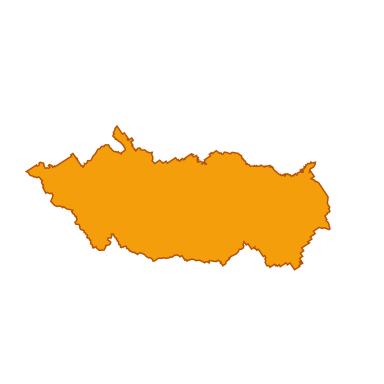 outline of Uralla, New South Wales, Australia, rotated 317°
{"feature_id": "25037944B63393422883772", "entity_name": "Uralla", "entity_type": "district", "adm_level": 2, "iso_a3": "AUS", "parent_name": "Australia", "parent_adm1": "New South Wales", "projection": "robinson", "projection_center": [151.405, -30.485], "detail": "fine", "context": "isolated", "style": "filled", "palette": "amber", "viewbox_px": 384, "rotation_deg": 317, "n_neighbors": 0, "source": "geoboundaries", "source_scale": "gbopen_adm2", "svg_char_len": 5993}
<svg xmlns="http://www.w3.org/2000/svg" viewBox="0 0 384 384"><g transform="rotate(317 192 192)"><path d="M178.2,94.1L175.0,94.9L174.5,96.5L173.7,96.3L172.3,97.2L172.5,100.7L171.9,101.2L172.8,102.0L172.6,102.9L173.6,107.1L173.5,111.5L172.5,115.0L171.6,115.8L167.2,115.2L166.3,116.0L166.0,114.3L165.3,113.7L165.6,112.3L164.2,111.9L164.1,110.7L162.7,109.5L162.2,107.6L162.5,105.0L162.2,103.2L162.9,102.0L163.0,100.5L160.8,98.5L159.4,98.3L158.8,98.8L157.3,97.2L155.9,97.0L154.3,97.6L152.2,96.6L147.6,98.1L144.3,98.3L139.9,99.9L138.8,99.7L137.2,98.0L136.5,98.0L135.9,98.9L134.1,99.1L133.3,98.7L132.8,97.7L132.0,98.7L129.3,99.6L129.6,97.5L128.9,97.4L130.1,89.6L130.7,89.7L130.9,88.6L130.3,88.5L131.2,82.6L128.7,82.2L128.4,83.6L109.1,80.1L109.3,79.3L106.9,78.9L107.6,77.5L106.4,74.6L104.8,74.9L105.1,76.0L104.8,77.0L103.3,76.9L102.5,75.5L100.9,74.6L101.6,71.8L102.6,70.8L103.0,69.5L101.2,66.7L100.0,66.6L98.9,67.8L97.4,67.9L96.3,67.1L96.6,66.2L84.7,64.1L85.6,65.8L85.0,68.6L85.2,70.0L86.4,71.8L86.6,73.3L88.0,74.3L88.4,76.0L90.2,76.3L90.4,78.6L90.0,79.8L90.5,81.5L88.7,82.1L87.9,84.1L88.3,85.1L87.4,85.5L86.8,87.3L86.0,87.1L84.3,93.2L86.1,93.8L86.7,96.1L88.3,96.9L88.7,97.5L88.2,98.5L88.5,99.1L87.1,100.4L82.3,102.5L82.3,107.9L83.5,110.7L85.1,111.4L86.5,113.4L86.7,115.2L88.0,115.1L88.8,118.8L92.3,124.0L90.6,124.3L90.6,125.5L90.1,125.9L90.6,128.3L90.0,129.8L90.8,131.1L89.8,131.6L89.5,133.3L87.0,134.6L86.0,134.2L85.2,135.5L85.2,136.5L86.9,138.2L87.1,139.2L86.5,140.7L85.8,141.0L85.0,143.3L86.7,146.6L85.5,148.1L86.1,148.9L85.6,150.9L86.1,151.7L85.5,152.8L84.2,153.4L84.3,154.6L85.2,155.6L84.3,157.2L85.0,158.1L82.6,160.7L83.0,162.8L82.2,163.5L82.5,164.2L81.4,165.1L81.9,165.8L84.6,166.5L84.0,167.8L84.3,171.3L88.2,174.5L92.1,173.1L92.4,172.4L95.6,174.2L98.1,173.6L98.6,172.3L97.9,171.0L97.8,169.6L98.9,168.5L100.0,168.9L101.3,170.4L103.4,169.4L104.4,167.8L105.6,169.0L105.8,169.5L105.3,169.9L104.7,172.6L105.2,174.7L104.4,175.1L104.5,176.3L104.0,177.0L104.3,178.1L102.7,180.5L103.4,181.9L102.0,183.7L102.3,184.4L103.5,184.6L103.9,185.4L105.5,185.5L106.9,187.2L105.7,188.6L106.7,190.6L106.3,191.2L106.6,192.2L106.3,193.3L107.0,193.8L107.3,195.6L108.8,196.8L108.7,198.1L109.5,199.2L109.4,200.5L112.3,200.7L113.6,202.9L114.7,205.6L114.5,207.7L115.3,210.6L116.3,211.0L117.1,213.5L116.4,216.0L117.5,216.8L122.3,217.6L124.8,220.0L126.1,220.4L127.9,222.9L130.8,224.7L131.9,224.7L133.0,226.1L136.0,226.4L137.9,227.7L138.7,228.8L139.0,231.3L141.2,231.7L140.3,237.1L141.6,237.3L141.3,239.2L143.8,239.6L143.9,240.1L146.0,240.9L147.6,243.0L147.9,244.7L151.2,247.3L153.0,252.5L154.4,252.4L155.8,253.6L156.1,255.6L156.6,255.6L157.4,254.1L158.3,254.2L161.3,258.4L162.8,259.7L164.0,259.4L164.6,259.9L165.4,263.0L164.4,263.1L164.6,265.8L164.2,267.0L167.9,267.5L169.3,266.1L173.6,266.6L174.1,265.4L175.1,266.1L176.0,265.6L182.0,267.4L184.6,267.4L187.7,266.2L189.0,267.5L191.6,267.9L193.2,266.6L193.2,265.9L193.9,265.1L196.2,263.9L195.6,267.8L197.6,268.2L196.6,274.4L200.2,275.0L199.4,275.5L199.3,276.7L199.9,276.9L199.6,278.8L201.5,279.1L200.1,287.8L201.7,288.1L201.3,290.3L200.0,290.4L198.7,292.8L197.5,293.3L196.5,297.1L198.0,298.2L197.6,300.2L203.1,301.2L202.8,302.9L203.9,303.1L203.7,304.4L206.2,304.8L205.6,306.8L212.4,308.0L212.0,310.3L215.3,310.8L214.0,318.8L220.1,319.9L220.3,318.7L224.5,319.5L224.7,318.3L222.6,318.0L222.9,316.4L225.0,316.8L225.4,314.0L229.0,314.6L229.6,310.6L233.6,311.2L234.1,307.7L243.2,309.3L242.7,307.4L247.5,308.2L247.9,305.5L253.6,306.5L254.1,303.5L261.1,304.7L262.2,307.2L264.6,308.7L266.5,312.9L267.8,313.1L270.8,307.4L270.6,304.8L270.9,304.1L271.9,304.1L272.9,300.1L275.6,300.4L276.7,299.5L278.3,300.4L279.9,300.0L280.6,297.3L281.4,297.5L282.5,296.8L282.6,294.5L283.5,292.4L288.1,288.5L290.9,271.6L290.2,269.2L289.2,268.5L289.7,267.8L289.5,266.4L288.1,263.4L292.0,264.0L293.0,257.2L291.7,257.4L292.9,256.2L294.6,255.8L297.7,256.6L301.0,255.8L302.6,254.4L299.4,252.6L299.4,251.2L297.8,251.7L296.1,250.1L294.4,250.5L293.6,249.8L291.8,251.3L291.2,250.0L290.0,251.5L288.5,250.8L287.8,252.0L287.1,251.0L287.5,250.2L287.0,250.1L286.3,251.6L287.1,253.0L286.6,253.3L285.6,252.2L285.8,250.3L284.9,251.2L282.0,250.0L280.3,251.2L280.1,249.2L279.5,249.4L279.0,248.9L277.6,249.6L277.5,248.7L275.3,248.3L275.7,246.7L274.5,245.4L274.6,244.4L274.0,243.6L272.8,243.5L272.8,242.5L272.2,242.3L271.3,243.7L270.7,243.7L270.9,241.8L270.5,241.3L269.3,241.6L268.4,240.4L268.7,239.4L267.8,238.8L267.0,231.2L267.8,229.9L267.4,229.5L267.9,228.2L267.6,227.3L266.2,227.6L266.0,227.2L267.1,225.7L263.6,223.8L263.3,222.9L262.0,223.1L260.7,219.3L259.1,219.3L257.0,217.5L257.3,216.8L255.7,216.3L255.6,215.1L254.5,215.1L252.1,212.5L252.5,211.3L251.8,210.2L251.8,209.2L250.8,209.1L250.5,208.5L251.4,207.8L251.3,206.9L251.8,206.2L251.9,204.8L251.4,204.3L252.1,202.7L251.4,202.0L252.1,200.9L252.0,200.2L253.0,199.3L252.1,196.8L252.3,195.6L248.9,190.9L247.7,190.1L246.2,190.4L244.0,186.2L242.7,184.9L240.7,185.6L239.7,184.8L239.9,183.1L238.6,182.6L237.9,178.3L233.2,177.8L233.3,176.6L230.4,176.2L230.1,178.2L223.1,177.0L223.0,177.7L221.7,178.3L221.3,180.2L221.7,181.3L221.3,181.4L220.3,180.0L220.4,178.7L218.8,178.2L219.8,177.8L220.6,178.1L219.6,176.9L219.3,175.6L218.2,174.2L217.2,174.7L216.6,174.2L217.2,172.6L218.7,172.7L218.2,171.5L219.1,170.9L219.6,171.5L220.1,171.2L219.7,170.0L220.2,168.4L217.3,167.5L216.9,165.3L218.4,165.5L217.6,163.6L209.6,162.4L209.6,163.2L208.0,162.9L207.6,162.6L208.0,161.9L207.6,160.7L206.4,161.0L205.7,160.6L204.8,161.3L203.8,160.4L204.1,159.0L203.0,158.7L203.4,155.8L193.7,154.1L194.0,151.8L190.6,151.3L190.0,146.7L184.1,145.8L184.2,141.9L185.4,141.5L187.2,139.6L188.2,136.9L190.0,135.9L187.3,134.1L187.1,132.7L186.1,131.4L186.5,130.2L186.2,129.0L183.7,127.0L183.4,125.7L184.0,125.1L183.8,124.2L182.1,123.0L180.3,123.5L179.7,122.5L179.4,123.7L178.8,123.5L179.8,117.0L180.5,117.2L180.6,118.0L181.3,113.7L184.3,114.2L184.8,111.4L180.5,110.6L180.7,109.2L181.8,109.3L182.8,102.6L180.6,102.2L182.1,92.6L178.9,93.0L178.2,94.1Z" fill="#f59e0b" stroke="#b45309" stroke-width="1.5"/></g></svg>